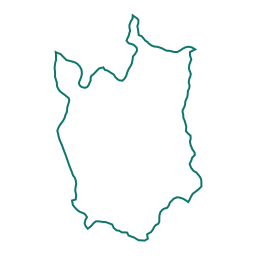 the district of São José do Rio Preto, São Paulo, Brazil
{"feature_id": "56859067B4650924298667", "entity_name": "São José do Rio Preto", "entity_type": "district", "adm_level": 2, "iso_a3": "BRA", "parent_name": "Brazil", "parent_adm1": "São Paulo", "projection": "mercator", "projection_center": [-49.362, -20.784], "detail": "fine", "context": "isolated", "style": "outline", "palette": "teal", "viewbox_px": 256, "rotation_deg": 0, "n_neighbors": 0, "source": "geoboundaries", "source_scale": "gbopen_adm2", "svg_char_len": 3004}
<svg xmlns="http://www.w3.org/2000/svg" viewBox="0 0 256 256"><path d="M136.9,239.3L139.0,240.3L141.8,240.4L144.7,240.6L147.8,238.7L147.1,234.3L151.1,232.0L152.9,229.5L154.0,227.2L155.7,225.1L158.3,223.8L159.3,221.7L159.3,218.1L159.5,215.3L160.3,212.3L162.2,209.9L164.1,208.7L167.3,207.7L169.0,205.1L169.8,202.7L171.4,201.1L173.6,198.8L176.9,197.3L179.8,197.6L183.0,198.7L186.0,200.4L188.1,202.1L189.7,199.6L190.9,196.8L192.8,193.7L195.1,192.0L198.8,189.1L201.4,186.5L201.4,182.6L201.1,179.1L199.8,176.7L198.2,174.6L196.2,172.4L193.4,170.8L191.1,167.8L189.6,163.9L191.2,160.8L192.2,157.6L194.8,155.1L194.6,152.5L192.4,149.4L190.6,145.0L189.9,141.5L190.7,138.6L190.5,135.6L188.2,133.7L185.9,131.1L186.3,126.8L185.2,122.5L184.5,120.4L183.4,117.9L183.2,114.3L182.6,112.2L182.7,109.9L184.1,107.5L185.1,104.6L185.3,101.5L186.3,99.2L187.3,97.0L187.7,94.3L187.9,90.9L189.2,88.3L189.6,85.7L188.7,82.2L189.4,78.4L190.3,76.5L190.8,74.0L190.2,72.0L189.2,69.8L189.0,67.4L189.4,64.5L190.3,62.2L191.3,59.5L190.1,55.8L189.9,52.1L192.7,50.6L195.2,49.4L191.8,47.4L189.4,46.8L187.1,46.9L184.9,47.6L182.6,48.8L180.3,50.4L177.4,52.0L174.2,52.0L171.4,51.3L169.4,50.8L166.7,50.7L164.7,49.8L162.2,48.4L160.0,47.6L157.3,46.8L154.1,46.5L151.5,45.5L149.0,43.7L147.4,42.0L145.4,40.7L143.4,38.3L141.7,36.2L138.7,35.1L138.4,32.3L137.8,28.4L137.3,26.1L138.3,23.4L138.4,20.0L137.0,18.3L135.0,17.0L132.7,15.4L132.6,18.6L130.9,21.2L129.4,25.1L129.5,28.0L130.1,30.7L129.3,33.3L128.7,35.9L127.4,38.4L126.5,40.8L128.7,43.3L131.5,44.0L133.9,45.0L136.7,47.7L137.0,50.7L135.1,54.0L132.9,56.5L132.6,59.5L131.9,63.2L130.9,65.5L129.0,68.5L127.7,71.2L126.9,73.5L126.2,75.9L124.7,78.5L122.3,80.7L119.2,80.3L117.3,79.0L115.4,77.2L113.8,74.6L110.8,72.7L107.6,70.6L104.9,69.9L103.3,67.4L99.2,68.4L97.1,70.4L94.6,73.1L93.0,74.6L91.2,76.0L90.6,78.1L90.7,80.4L89.6,82.7L88.7,84.9L87.3,86.9L85.2,87.8L81.7,87.1L79.7,85.3L78.9,83.2L79.5,81.1L80.4,79.1L81.2,77.1L81.9,73.7L81.5,69.7L79.8,66.5L77.2,63.7L74.6,62.2L72.3,61.6L69.8,60.9L66.5,60.1L64.3,57.9L62.4,56.0L60.5,54.0L57.8,53.1L55.7,52.1L56.0,54.8L56.0,57.6L56.1,59.8L55.3,62.5L54.9,65.1L54.6,67.9L54.9,71.0L55.1,74.2L55.0,76.5L55.8,79.4L56.8,82.3L56.9,84.9L57.3,87.0L58.4,89.0L59.8,91.2L62.4,93.2L65.0,95.1L66.8,96.6L68.6,98.0L69.3,100.1L68.6,103.1L67.3,107.2L67.1,110.0L66.7,112.5L65.5,114.7L64.9,117.2L63.5,120.1L62.0,122.3L60.3,124.4L58.6,127.3L57.3,130.8L58.1,133.6L58.6,136.6L59.8,140.3L60.8,142.6L62.0,145.3L63.4,149.2L64.8,152.9L66.4,157.1L69.4,165.9L70.6,168.9L71.7,171.6L73.0,175.3L74.7,177.6L75.7,180.2L76.2,183.8L75.6,187.2L75.2,190.3L75.7,192.8L76.2,195.2L75.7,199.5L72.0,200.5L72.9,205.0L74.5,207.1L77.5,210.2L80.1,212.0L82.8,212.9L85.0,214.1L87.0,217.2L85.4,220.0L84.6,223.2L85.6,226.1L87.7,228.7L90.7,226.5L92.2,224.8L93.7,223.0L95.8,221.4L98.7,221.3L102.5,221.9L105.7,222.1L108.8,223.2L112.2,224.5L113.7,227.9L116.5,230.3L119.1,230.7L121.9,232.4L125.0,232.4L127.2,232.6L128.5,235.5L130.5,236.3L132.6,236.9L134.7,237.8L136.9,239.3Z" fill="none" stroke="#0f766e" stroke-width="2"/></svg>